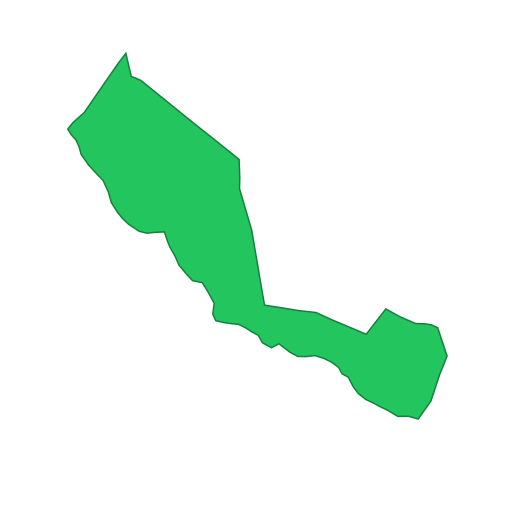 outline of Muritiba, Bahia, Brazil, rotated 39°
{"feature_id": "56859067B73294904246727", "entity_name": "Muritiba", "entity_type": "district", "adm_level": 2, "iso_a3": "BRA", "parent_name": "Brazil", "parent_adm1": "Bahia", "projection": "orthographic", "projection_center": [-39.074, -12.621], "detail": "fine", "context": "isolated", "style": "filled", "palette": "green", "viewbox_px": 512, "rotation_deg": 39, "n_neighbors": 0, "source": "geoboundaries", "source_scale": "gbopen_adm2", "svg_char_len": 1220}
<svg xmlns="http://www.w3.org/2000/svg" viewBox="0 0 512 512"><g transform="rotate(39 256 256)"><path d="M29.8,275.8L36.4,278.1L42.9,279.0L50.2,282.7L56.2,287.1L68.4,290.6L80.4,292.4L89.6,293.5L101.0,299.2L110.1,305.6L121.6,309.4L129.8,311.0L137.1,311.5L149.7,310.3L156.9,306.9L162.8,301.0L169.7,294.9L177.7,300.1L183.6,303.3L193.7,307.3L202.0,311.6L212.5,313.7L222.1,315.1L231.1,310.5L241.3,314.1L253.3,319.1L258.9,328.3L265.5,331.6L273.6,327.6L279.4,324.1L285.4,320.1L293.4,318.3L300.5,317.6L307.8,316.2L315.5,319.4L325.7,317.6L329.1,309.8L343.0,309.4L351.9,307.6L358.3,302.6L364.5,296.3L373.4,292.8L381.2,291.0L390.2,290.6L397.1,293.4L404.0,292.1L413.5,296.3L422.1,298.5L431.5,298.4L440.1,296.3L447.9,294.9L455.2,293.1L467.2,291.4L475.3,284.6L484.7,280.6L483.2,258.6L473.2,232.2L470.5,223.1L467.4,213.4L461.7,209.8L442.3,197.4L435.7,199.1L429.9,202.4L422.4,208.1L405.8,212.7L390.2,215.4L390.9,247.5L354.8,257.9L338.1,262.2L323.8,271.4L308.9,279.9L293.6,288.8L282.5,279.2L236.4,238.6L201.0,214.2L193.4,204.5L182.1,191.6L146.8,191.7L126.0,192.0L94.3,192.0L73.9,192.0L55.8,192.0L46.0,194.9L27.3,180.4L27.6,192.0L28.7,207.3L32.2,252.6L29.8,267.5L29.8,275.8Z" fill="#22c55e" stroke="#15803d" stroke-width="1.5"/></g></svg>